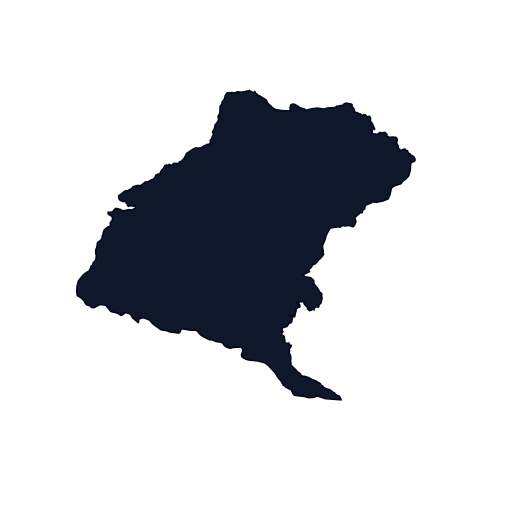 Montufar, Carchi, Ecuador, rotated 71°
{"feature_id": "8360857B57734122630891", "entity_name": "Montufar", "entity_type": "district", "adm_level": 2, "iso_a3": "ECU", "parent_name": "Ecuador", "parent_adm1": "Carchi", "projection": "orthographic", "projection_center": [-77.805, 0.568], "detail": "fine", "context": "isolated", "style": "filled", "palette": "ink", "viewbox_px": 512, "rotation_deg": 71, "n_neighbors": 0, "source": "geoboundaries", "source_scale": "gbopen_adm2", "svg_char_len": 6108}
<svg xmlns="http://www.w3.org/2000/svg" viewBox="0 0 512 512"><g transform="rotate(71 256 256)"><path d="M235.3,437.9L238.3,435.3L240.1,434.3L242.6,433.1L244.7,432.9L247.0,432.1L249.2,429.1L250.6,428.6L251.4,427.9L252.1,425.6L251.1,419.6L252.7,415.8L253.9,414.0L260.9,411.5L261.7,410.7L264.8,405.7L268.1,403.2L268.3,401.7L267.0,397.7L269.4,394.5L271.2,393.4L274.2,392.9L280.6,389.1L280.0,388.3L278.2,387.8L277.4,386.4L277.5,383.7L278.2,381.9L281.5,378.0L282.9,377.1L285.9,376.0L288.3,374.5L293.9,370.6L295.2,369.3L297.5,364.8L299.7,362.3L300.9,360.1L301.9,357.7L303.7,354.5L303.5,353.2L302.6,352.0L301.5,351.5L300.9,350.1L301.4,348.4L304.8,342.2L306.5,337.5L307.5,336.1L312.6,334.1L314.8,332.4L320.2,327.1L320.7,325.2L324.2,321.2L325.3,318.7L326.8,316.4L327.8,315.8L330.5,315.0L332.8,313.2L334.2,311.5L334.9,309.9L335.2,306.9L337.2,299.9L339.2,299.0L340.4,299.0L342.0,299.9L344.6,301.9L346.3,302.2L347.4,301.9L350.2,299.3L351.9,297.0L355.8,288.5L359.9,282.4L364.0,279.8L372.8,275.9L378.0,274.8L383.1,272.8L386.6,272.4L390.1,270.2L394.0,266.3L398.3,265.8L399.6,265.4L400.4,264.7L404.7,255.8L407.0,252.6L408.4,247.9L408.4,243.5L413.4,237.0L419.7,222.5L418.9,222.2L415.4,223.0L413.7,225.2L410.8,226.5L409.4,228.0L407.6,228.8L405.9,230.5L405.0,232.0L402.2,234.9L400.6,235.2L399.8,236.2L397.8,236.7L396.8,237.3L395.2,238.9L393.6,240.0L393.0,241.2L391.8,242.0L391.0,243.3L388.1,245.8L385.5,249.3L385.0,250.8L383.8,252.1L381.4,252.6L378.8,254.7L377.1,255.1L371.2,258.1L370.0,258.5L368.9,257.9L366.6,257.5L364.2,256.3L361.3,255.7L359.3,256.1L357.5,255.8L356.3,255.0L354.8,254.9L353.0,252.3L352.0,251.7L350.9,253.5L349.8,253.1L348.8,253.5L348.8,255.3L348.4,255.6L348.7,256.4L348.4,256.6L345.9,256.6L344.8,256.0L343.7,256.3L341.8,255.5L340.7,255.7L339.1,257.2L337.1,256.7L336.2,255.1L335.0,255.8L332.9,254.6L332.4,253.3L332.8,252.0L332.5,250.7L332.8,250.0L330.1,246.0L330.6,245.2L329.9,243.7L325.7,241.3L323.7,242.9L324.0,241.4L326.0,239.7L325.7,239.0L318.8,234.8L318.6,235.0L318.7,233.5L318.2,232.6L318.6,231.4L318.0,230.9L316.6,230.5L315.4,231.2L314.4,230.7L314.4,231.9L313.8,232.0L313.1,232.7L312.7,232.6L314.7,226.0L315.6,225.5L316.5,226.1L317.8,225.8L321.7,223.9L322.7,224.6L325.2,223.1L325.2,219.4L325.7,218.6L324.7,218.6L324.3,218.2L323.7,215.5L324.7,213.7L324.2,212.9L323.1,213.0L321.6,209.8L317.4,207.2L315.0,206.9L313.4,206.1L312.0,206.6L310.7,207.5L306.3,208.3L301.5,210.2L297.7,209.4L294.3,211.3L293.2,213.2L292.3,215.5L291.3,216.7L289.0,217.4L288.2,210.5L288.0,210.3L287.0,210.8L285.7,209.9L284.9,207.6L283.3,205.8L282.7,204.6L282.7,202.1L280.6,199.0L278.4,194.2L276.6,191.7L276.1,191.4L275.0,191.7L273.0,190.6L270.1,190.4L267.8,189.6L262.1,184.6L260.6,183.9L258.1,181.7L254.5,177.6L253.9,176.6L254.0,175.0L255.3,168.6L256.2,167.1L255.2,164.4L256.5,162.4L257.5,158.0L259.8,155.1L259.9,154.5L259.2,153.0L256.1,150.3L252.0,150.2L249.0,143.4L249.6,142.0L249.4,141.3L247.2,139.8L246.9,137.9L244.8,136.9L243.6,135.4L243.3,129.5L242.7,128.4L244.5,124.5L245.4,117.6L245.0,112.4L242.0,109.6L236.1,106.0L235.3,104.6L234.7,101.6L234.9,95.5L232.9,92.5L231.8,88.8L229.8,85.3L225.1,82.2L218.8,79.5L218.0,78.2L218.2,76.7L217.8,74.9L217.0,74.2L215.7,74.1L214.1,74.3L212.4,75.2L211.0,76.7L209.7,77.0L208.3,78.3L205.8,78.5L205.2,79.1L205.4,79.8L205.0,80.1L203.5,80.2L203.0,82.0L203.4,83.4L203.1,84.4L203.9,85.9L203.7,86.3L201.6,85.4L200.5,87.0L199.4,85.8L197.9,85.6L196.3,86.3L195.0,86.0L194.7,87.1L194.3,87.2L193.4,85.3L192.4,84.6L190.5,84.5L189.4,85.0L187.9,88.3L187.1,91.6L185.8,92.5L185.3,94.3L184.9,94.2L183.9,92.5L181.0,93.9L180.4,97.4L179.5,98.7L180.3,100.4L180.1,102.7L179.3,103.6L178.8,105.8L177.1,105.8L175.3,105.2L174.2,106.6L173.8,104.0L174.9,102.9L174.3,102.4L168.6,102.9L165.5,104.0L163.8,103.0L162.6,102.7L161.3,103.0L160.7,103.4L160.8,105.5L158.3,106.5L157.3,108.1L157.8,109.0L157.2,110.5L155.8,110.8L154.8,112.5L153.5,113.4L152.4,115.5L150.9,115.7L149.6,115.3L145.9,116.4L144.1,115.9L143.3,116.4L140.7,121.1L140.8,123.2L141.8,125.2L141.0,128.3L141.1,129.8L140.6,130.5L141.3,133.0L139.4,139.8L139.1,144.2L136.2,149.5L135.0,154.7L134.4,161.0L133.8,161.8L132.8,162.2L130.8,165.4L125.1,170.0L124.2,172.1L124.4,173.6L125.9,175.0L127.8,175.9L129.9,176.5L127.0,184.0L123.9,189.8L121.7,191.7L115.0,195.3L111.7,195.6L105.8,200.4L104.3,202.2L102.9,202.4L101.9,203.8L100.9,203.3L100.2,203.6L100.8,204.4L100.3,205.5L98.3,207.8L97.2,208.3L97.5,210.1L96.8,211.2L97.2,212.4L96.2,216.8L94.6,220.2L94.9,222.7L94.2,224.8L93.5,225.5L93.2,227.7L92.3,230.1L94.0,232.6L97.7,235.2L99.0,237.7L100.4,238.3L101.8,239.6L102.7,241.2L109.4,243.8L111.0,245.9L112.0,246.6L114.5,246.9L115.6,247.5L117.4,249.6L118.5,251.8L122.3,254.2L124.3,256.6L127.3,256.8L129.0,258.6L130.8,259.8L131.4,261.4L133.9,262.4L134.8,263.1L135.0,264.3L134.5,266.2L134.9,267.0L134.8,269.2L135.8,272.4L135.2,275.4L134.2,277.5L134.3,280.2L136.4,288.3L139.9,291.7L141.9,295.2L142.2,297.9L143.2,299.4L143.1,300.2L142.1,301.9L141.7,303.2L141.8,304.4L142.6,305.1L142.8,306.2L141.1,308.4L141.5,310.2L140.7,311.2L140.9,312.8L143.1,315.1L143.8,316.8L145.7,319.2L146.5,319.6L146.8,320.2L147.6,320.2L147.5,321.1L146.7,321.6L146.7,323.8L147.1,324.6L148.9,326.0L150.1,328.5L149.9,330.1L150.7,334.0L149.9,336.3L151.9,342.1L150.6,345.4L150.4,349.8L151.2,350.7L152.0,352.7L152.4,356.3L151.9,357.6L152.0,359.5L153.9,364.2L154.1,366.1L156.0,366.9L158.2,366.8L159.3,366.2L161.1,364.3L161.7,362.4L162.6,361.5L163.8,361.5L164.9,360.7L166.5,361.1L167.5,360.4L167.5,359.9L166.9,359.4L167.8,358.6L168.1,356.8L169.3,355.5L170.2,353.8L171.8,354.0L171.7,356.5L172.0,358.7L170.7,361.3L170.0,367.2L167.8,369.0L167.5,369.9L166.3,371.1L165.3,373.3L166.4,375.6L167.2,376.2L167.5,378.4L166.5,381.7L168.4,382.1L170.7,380.0L172.8,379.2L174.1,379.3L174.6,380.1L175.8,380.3L176.1,381.7L177.5,383.2L178.9,383.3L180.3,384.4L180.3,386.7L181.2,389.5L182.4,391.6L184.2,392.9L185.4,393.2L187.2,395.1L187.9,395.0L188.9,395.6L190.7,398.2L191.6,401.4L196.5,404.1L198.0,405.6L201.7,406.8L203.5,406.8L207.5,408.7L209.4,412.1L211.4,413.6L212.0,415.4L213.7,416.5L215.9,418.9L216.3,421.5L217.7,425.7L221.8,432.1L226.5,435.2L230.9,437.0L235.3,437.9Z" fill="#0f172a" stroke="#020617" stroke-width="1.5"/></g></svg>